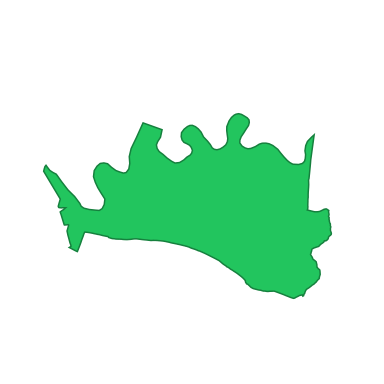 outline of Prajesti, Bacau, Romania, rotated 108°
{"feature_id": "2599482B9126980716668", "entity_name": "Prajesti", "entity_type": "district", "adm_level": 2, "iso_a3": "ROU", "parent_name": "Romania", "parent_adm1": "Bacau", "projection": "mercator", "projection_center": [26.984, 46.653], "detail": "fine", "context": "isolated", "style": "filled", "palette": "green", "viewbox_px": 384, "rotation_deg": 108, "n_neighbors": 0, "source": "geoboundaries", "source_scale": "gbopen_adm2", "svg_char_len": 5914}
<svg xmlns="http://www.w3.org/2000/svg" viewBox="0 0 384 384"><g transform="rotate(108 192 192)"><path d="M256.1,53.8L255.6,53.9L255.0,54.0L254.5,53.9L254.1,53.6L253.1,53.5L252.6,53.6L251.2,53.5L249.6,53.2L248.9,52.8L246.7,51.0L244.5,49.5L243.4,48.9L242.0,47.6L241.2,47.2L239.7,46.4L239.6,46.2L239.0,46.1L238.7,45.9L238.1,45.7L237.4,45.5L236.0,44.8L235.3,44.3L234.8,44.3L234.6,44.3L234.4,44.4L234.0,44.5L233.4,44.5L232.9,44.6L231.8,44.6L231.1,44.6L230.5,44.7L230.1,44.9L229.6,45.1L228.3,45.6L227.0,46.2L226.7,46.4L226.4,46.8L226.3,47.1L226.1,47.7L226.0,48.2L225.8,48.4L225.4,49.0L225.2,49.3L225.0,49.8L224.7,49.9L223.4,50.5L222.5,50.8L221.1,51.7L220.2,52.2L219.9,52.5L219.7,53.0L219.1,54.4L218.8,55.4L218.7,55.8L218.2,56.5L217.9,56.7L217.5,57.0L217.1,57.3L216.8,57.7L216.4,58.0L215.4,59.4L214.8,59.9L214.7,60.0L213.0,59.9L212.8,60.0L212.5,60.1L212.4,60.1L211.4,60.0L210.9,60.0L210.5,60.1L210.0,60.3L209.6,60.3L209.0,60.1L208.4,59.5L207.6,58.8L206.9,57.8L206.0,56.7L204.7,54.8L203.7,54.2L202.7,53.9L202.6,53.7L202.3,53.5L201.8,53.3L201.2,52.9L200.5,52.3L199.8,51.8L199.2,51.4L198.9,51.2L198.4,51.1L197.8,51.1L197.5,51.0L197.2,50.5L197.3,50.1L197.0,49.5L195.8,48.6L194.6,48.1L193.6,48.1L192.5,48.2L191.6,47.8L191.3,47.7L191.1,47.6L190.8,47.2L190.7,47.1L190.2,46.9L189.7,46.6L189.3,46.5L189.0,46.6L188.7,46.6L188.2,46.7L187.2,47.4L186.5,47.9L186.1,48.3L185.3,48.6L183.8,49.1L182.3,49.2L181.4,49.9L180.8,50.2L180.1,50.4L179.7,50.5L179.4,50.7L179.0,51.3L178.0,51.9L177.1,52.5L176.3,52.7L175.8,53.2L175.5,53.4L175.2,53.3L174.9,53.4L174.6,53.6L174.1,53.6L173.8,53.8L173.4,54.3L173.1,54.6L172.6,54.7L171.8,54.6L171.1,54.7L170.5,55.0L169.6,55.5L169.0,55.8L168.3,56.1L167.3,56.2L166.7,58.3L166.6,59.1L166.9,59.8L167.6,60.6L167.5,61.0L168.1,61.5L169.3,62.7L170.8,64.3L171.4,65.3L171.9,66.3L172.4,67.6L172.7,68.5L172.9,69.3L173.0,69.9L173.2,72.5L173.5,76.8L172.6,76.7L172.0,76.8L170.3,77.2L170.0,77.3L169.7,77.5L169.1,77.7L166.8,78.4L165.3,78.8L164.5,79.1L163.8,79.3L162.2,79.7L161.5,79.8L160.8,80.0L158.4,80.8L155.9,81.5L153.5,82.1L151.8,82.5L148.9,83.3L144.5,84.9L143.1,84.9L138.0,86.0L128.1,88.2L124.8,89.0L99.9,93.5L103.0,95.3L108.2,97.8L112.7,98.2L117.9,97.3L121.4,95.5L125.3,94.6L128.1,94.5L130.7,95.8L132.9,99.1L134.4,104.7L133.8,108.0L132.6,111.1L130.3,115.3L127.5,119.8L124.9,123.6L122.8,129.5L122.3,133.6L122.7,136.9L123.9,140.3L125.7,142.8L129.2,145.7L132.3,149.4L133.6,152.1L133.7,155.1L132.9,158.5L130.6,161.7L127.8,162.5L124.2,162.3L120.0,161.1L115.2,159.9L111.3,158.8L108.2,159.0L105.8,160.1L104.4,162.4L103.6,165.5L102.9,168.9L103.1,171.8L104.4,174.2L105.9,175.7L108.9,177.5L113.0,178.7L119.0,179.1L122.7,178.0L126.2,176.4L130.1,174.5L133.3,173.9L136.7,174.4L139.6,176.2L142.4,178.6L144.1,181.3L144.5,183.9L143.8,186.4L141.2,189.3L138.8,193.0L136.1,198.0L132.2,201.9L130.0,205.6L128.8,208.9L128.5,212.2L129.3,214.5L131.2,216.6L134.7,218.9L138.8,220.3L142.7,219.4L145.6,217.5L147.3,215.0L147.7,211.6L148.3,208.7L149.8,206.5L152.2,204.5L155.0,204.3L157.4,205.1L160.5,207.7L164.1,209.7L167.8,212.9L169.7,217.1L169.1,220.8L167.5,226.0L165.2,231.2L163.7,235.7L161.4,238.6L158.2,240.4L154.7,240.2L149.7,238.9L142.0,239.7L141.4,259.9L157.7,261.7L169.5,263.3L177.7,262.6L184.1,260.0L189.6,259.2L193.8,260.6L195.2,263.0L195.3,266.9L195.1,271.0L193.4,276.2L191.2,281.0L191.6,284.8L193.2,288.1L196.8,290.3L201.9,291.6L207.9,290.4L212.7,286.9L216.9,283.0L220.9,278.4L225.6,272.7L231.0,271.6L235.6,272.3L238.2,274.5L239.1,278.2L240.4,284.3L240.8,289.9L239.8,293.0L237.6,295.1L232.6,302.2L228.3,310.7L222.5,319.2L217.0,326.6L216.4,330.3L215.4,333.9L212.9,337.5L211.7,339.1L213.2,339.7L215.3,339.7L218.1,339.5L239.4,315.1L245.1,314.9L246.9,314.8L247.2,314.6L247.6,314.3L247.9,314.0L247.9,313.4L247.6,312.0L247.4,311.1L246.8,309.9L246.5,308.8L246.0,307.3L248.1,308.5L250.1,310.1L251.7,311.2L254.1,309.4L260.7,304.8L262.7,303.4L262.8,303.0L261.8,300.7L261.3,299.7L261.3,299.4L261.5,299.1L262.8,299.0L267.7,298.8L271.5,296.6L273.9,295.0L278.1,292.3L279.0,291.6L279.8,290.9L281.2,290.3L282.7,291.6L283.8,285.2L284.1,283.0L284.1,282.6L282.3,282.5L279.0,282.3L276.9,282.2L274.5,282.1L271.8,282.1L267.4,281.9L265.4,281.9L264.1,281.8L263.2,281.5L262.6,278.6L262.3,276.7L261.9,273.6L261.9,272.9L261.6,270.5L261.4,268.1L261.2,267.5L261.0,263.4L260.7,261.0L260.5,259.2L260.3,258.1L261.0,257.2L261.0,256.3L261.0,255.1L261.0,254.0L260.9,253.1L260.6,252.0L260.4,251.1L260.3,250.1L260.1,249.3L259.5,247.3L258.7,244.6L258.5,243.3L258.1,241.7L257.9,241.0L257.4,239.2L256.0,235.8L254.9,233.5L254.2,231.9L253.7,230.3L253.3,228.3L253.0,226.8L252.7,225.1L252.2,222.7L251.8,221.0L251.5,219.6L250.8,216.0L250.0,214.0L249.0,210.7L248.6,209.0L248.2,207.3L247.5,204.0L247.4,203.0L247.2,201.8L247.1,200.5L246.9,198.9L246.8,197.8L246.8,196.3L246.5,193.8L246.1,190.3L246.0,189.0L245.8,187.3L245.7,185.7L245.6,184.3L245.5,183.1L245.4,182.2L245.4,181.0L245.3,180.4L245.3,179.3L245.3,177.8L245.5,176.4L245.6,175.3L245.6,173.6L245.6,172.6L245.6,171.6L245.7,169.4L245.9,168.0L245.9,167.5L245.8,166.9L245.8,166.4L245.8,166.1L246.0,164.9L246.0,164.2L246.2,162.8L246.3,161.4L246.6,159.3L246.9,157.2L247.3,154.7L248.1,149.5L248.6,146.6L248.9,144.9L249.9,142.5L250.6,140.9L251.0,139.8L251.6,137.6L251.9,136.6L252.3,136.0L252.4,135.5L252.4,134.7L252.8,133.2L253.4,131.7L253.6,130.9L253.9,129.3L254.5,127.4L254.7,126.5L255.3,124.3L256.7,120.3L257.3,118.7L258.0,117.1L258.7,115.7L259.4,114.6L259.6,114.1L259.9,113.8L260.3,113.7L261.0,113.3L261.4,113.0L262.0,112.2L262.5,111.7L262.5,110.5L263.6,108.1L264.2,107.0L264.5,106.3L264.7,105.2L264.9,104.1L264.9,103.2L264.8,101.7L264.7,100.4L264.6,98.6L264.4,97.4L264.2,96.4L264.2,95.6L264.2,94.7L264.1,93.3L263.7,92.1L263.4,90.0L263.1,88.9L262.6,87.9L261.6,85.2L261.1,83.9L260.9,83.1L260.9,82.1L261.1,76.6L261.3,72.8L261.5,70.6L261.6,68.5L261.8,65.6L261.8,64.3L261.8,63.2L261.7,62.4L260.9,61.3L260.1,60.7L258.6,59.1L257.2,57.8L255.8,55.3L256.8,54.4L256.1,53.8Z" fill="#22c55e" stroke="#15803d" stroke-width="1.5"/></g></svg>